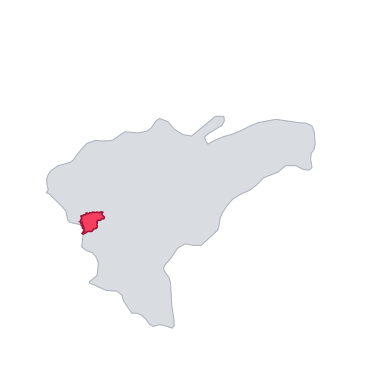 Pedro Santana, La Estrelleta, Dominican Republic shown in context, rotated 325°
{"feature_id": "3306468B44690790041357", "entity_name": "Pedro Santana", "entity_type": "district", "adm_level": 2, "iso_a3": "DOM", "parent_name": "Dominican Republic", "parent_adm1": "La Estrelleta", "projection": "natural_earth1", "projection_center": [-71.535, 19.169], "detail": "fine", "context": "in_parent", "style": "filled", "palette": "rose", "viewbox_px": 384, "rotation_deg": 325, "n_neighbors": 0, "source": "geoboundaries", "source_scale": "gbopen_adm2", "svg_char_len": 5226}
<svg xmlns="http://www.w3.org/2000/svg" viewBox="0 0 384 384"><g transform="rotate(325 192 192)"><path d="M73.1,256.6L73.4,242.2L75.4,236.3L73.6,230.1L65.3,223.5L60.3,215.1L55.8,207.6L56.8,206.5L65.8,206.1L68.9,203.4L75.0,195.7L76.2,189.5L75.7,184.9L71.8,179.3L70.2,173.4L75.1,168.2L81.4,160.7L82.2,157.9L82.1,155.0L74.7,147.1L74.2,143.7L77.7,135.2L77.3,129.5L73.9,111.8L72.3,109.1L75.6,107.6L77.7,102.4L80.6,97.7L84.4,95.1L88.8,93.5L97.4,93.7L109.3,97.8L112.6,97.7L124.1,94.0L133.5,91.9L142.5,94.3L146.1,97.5L153.5,102.5L157.2,104.1L168.8,104.0L172.0,104.5L181.8,112.8L190.0,116.2L194.8,116.3L203.4,113.1L207.6,113.2L212.5,120.4L213.5,130.6L217.6,140.0L223.8,145.9L254.6,143.4L261.5,148.3L259.2,152.4L254.8,154.6L240.2,153.6L233.8,154.1L232.5,158.1L232.5,161.9L241.1,162.8L249.5,164.7L258.0,167.7L266.8,169.7L276.6,171.1L286.2,173.2L302.4,180.6L320.2,197.3L325.0,201.1L328.2,206.4L326.7,212.8L320.4,223.4L316.8,226.8L311.6,228.9L308.0,233.2L304.5,240.6L302.4,241.2L299.9,240.9L295.6,236.7L292.5,230.3L283.9,224.2L273.7,225.0L258.7,221.4L249.5,223.2L240.4,223.6L231.1,221.8L221.7,221.1L212.4,223.4L203.3,227.3L200.0,229.7L194.2,235.7L191.1,238.0L169.0,241.0L162.6,236.6L156.7,230.6L148.2,229.7L135.9,234.4L128.2,236.1L125.1,238.1L124.1,240.4L124.1,248.8L122.4,253.9L110.4,273.3L103.6,286.9L100.8,291.2L97.6,292.1L91.7,284.2L87.9,281.4L83.2,280.0L81.3,275.8L81.3,269.9L80.1,264.1L77.2,259.6L73.1,256.6Z" fill="#d9dde1" stroke="#a8b0b8" stroke-width="1"/><path d="M83.2,152.3L83.4,152.6L83.4,152.8L83.6,152.9L83.6,153.1L83.8,153.2L83.6,153.4L83.5,153.5L83.4,153.6L83.5,153.6L83.8,153.5L83.9,153.4L83.9,153.6L84.0,153.6L84.3,153.6L84.2,153.7L84.1,153.9L84.1,154.0L83.9,153.9L83.9,153.6L83.7,153.7L83.4,153.8L83.3,154.0L83.2,154.0L83.1,154.3L83.0,154.6L83.2,154.8L83.2,155.0L83.4,155.1L83.4,155.3L83.6,155.1L83.7,155.4L83.9,155.4L83.8,155.6L83.8,155.8L83.6,155.9L83.6,155.7L83.5,155.8L83.3,155.8L83.3,155.7L83.2,155.8L83.2,156.0L82.8,156.1L82.7,156.0L82.6,155.9L82.7,156.1L82.5,156.3L82.4,156.3L82.7,156.3L83.0,156.4L83.0,156.6L83.4,156.9L83.4,157.0L83.2,156.9L83.2,157.2L82.9,157.0L83.1,157.4L83.1,157.5L83.0,157.4L82.9,157.4L82.9,157.6L82.6,157.5L82.7,157.9L82.7,158.0L82.6,158.3L82.4,158.3L82.5,158.4L82.5,158.5L82.9,158.9L82.8,159.1L82.7,159.0L82.4,159.1L82.2,159.2L82.0,159.3L81.9,159.2L81.7,159.2L81.8,159.4L81.9,159.5L82.0,159.6L82.4,159.9L82.5,159.9L82.5,160.0L82.3,160.3L82.4,160.5L82.2,160.7L82.3,160.8L82.1,161.0L81.9,161.4L81.9,161.7L81.8,161.4L81.8,161.5L81.6,161.8L81.6,162.0L81.5,161.9L81.4,162.0L80.9,162.3L80.8,162.2L80.6,162.2L80.4,161.9L80.3,162.0L80.2,162.1L80.2,162.3L80.0,162.2L79.7,162.3L79.9,162.4L79.7,162.7L79.7,162.8L79.3,163.2L79.1,163.1L78.9,163.0L78.4,162.7L78.1,162.8L78.0,163.0L78.2,163.3L78.3,163.3L78.5,163.4L78.5,163.6L78.7,163.9L78.7,164.0L78.8,164.1L79.2,164.2L80.1,164.3L80.5,164.4L80.7,164.5L83.3,164.5L83.5,164.5L83.8,164.6L84.4,164.9L84.8,165.1L85.3,165.3L85.6,165.5L86.2,166.2L86.4,166.4L86.5,166.5L87.0,166.6L87.3,166.7L87.5,166.7L87.7,166.8L87.8,166.7L88.0,166.7L88.3,166.5L88.8,166.5L89.0,166.5L89.1,166.4L89.6,166.0L89.7,165.9L89.8,165.8L90.1,165.8L90.3,165.8L90.5,166.0L91.0,166.4L91.1,166.5L91.3,166.5L91.7,166.3L91.8,166.3L92.0,166.3L92.3,166.5L92.7,166.9L92.8,166.9L93.1,166.8L93.5,166.8L93.7,166.7L94.1,166.4L94.4,166.3L94.4,166.2L94.6,166.0L94.7,165.9L95.0,165.3L95.0,165.1L95.0,164.6L95.1,164.4L95.2,164.2L95.3,164.1L95.5,164.0L95.9,163.7L96.6,163.3L96.7,163.1L96.8,163.0L96.9,162.8L96.9,162.6L96.7,161.9L96.7,161.7L96.9,161.6L97.0,161.6L98.7,161.6L98.8,161.4L99.0,161.2L99.3,161.1L99.6,161.3L99.7,161.5L99.9,162.1L100.0,162.2L100.2,162.4L100.5,162.6L100.8,162.6L101.0,162.7L101.3,162.6L101.5,162.6L102.0,162.4L102.4,162.4L102.6,162.3L102.8,162.2L103.0,162.2L103.3,162.3L103.5,162.7L103.7,162.9L103.9,163.2L104.0,163.3L104.3,163.4L104.6,163.2L105.1,163.2L105.3,163.1L105.5,162.7L105.6,162.4L105.7,162.0L105.7,161.8L105.8,161.7L105.7,161.6L105.7,161.4L105.6,161.0L105.5,160.7L105.4,160.4L105.4,158.6L105.4,158.4L105.5,158.2L105.8,158.0L106.0,157.9L106.4,157.8L106.7,157.7L107.2,157.7L107.4,157.5L107.3,157.3L107.1,156.9L106.9,156.7L106.5,156.4L106.2,156.2L105.9,156.0L105.6,156.2L105.4,155.9L105.2,155.8L104.8,156.0L104.6,156.0L104.4,155.9L104.1,155.5L103.5,154.8L103.2,154.6L103.1,154.4L102.9,154.3L102.8,154.2L102.7,154.0L102.6,153.8L102.4,153.7L101.8,153.7L101.7,153.7L101.2,153.4L100.7,153.1L100.5,152.9L100.4,152.7L100.2,152.4L100.0,152.2L99.9,152.1L99.4,151.9L99.2,151.8L99.0,151.4L98.9,151.3L98.5,151.4L98.3,151.5L98.1,151.5L97.9,151.4L97.4,151.1L97.1,150.8L96.8,150.6L96.4,150.3L96.2,150.2L95.7,150.4L95.4,150.5L94.7,150.5L94.6,150.4L94.4,150.3L94.4,150.2L94.3,149.6L94.2,149.3L94.0,149.0L93.9,148.8L93.6,148.6L93.4,148.5L92.8,148.7L92.5,149.0L92.4,149.1L92.4,149.5L92.2,149.7L91.9,149.7L91.7,149.6L91.3,149.4L90.8,149.0L89.9,148.5L89.8,148.4L89.6,148.5L89.4,148.5L89.2,148.8L88.9,148.9L88.7,148.9L88.2,148.5L87.9,148.4L87.7,148.0L87.6,147.9L87.3,147.9L87.2,147.9L87.1,148.0L87.0,148.5L86.7,149.4L86.7,149.6L86.6,150.1L86.6,150.3L86.5,150.5L86.4,150.6L86.3,150.8L86.2,150.8L85.8,150.8L85.6,150.7L85.4,150.7L85.2,150.8L84.8,151.3L84.7,151.3L84.4,151.4L84.3,151.5L84.2,151.5L83.9,152.0L83.5,152.4L83.2,152.3Z" fill="#f43f5e" stroke="#9f1239" stroke-width="1.5"/></g></svg>